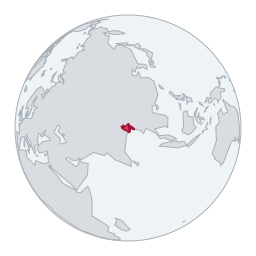 the Earth from above Bangladesh, rotated 315°
{"feature_id": "BGD", "entity_name": "Bangladesh", "entity_type": "country or territory", "adm_level": 0, "iso_a3": "BGD", "parent_name": "Asia", "parent_adm1": "", "projection": "orthographic", "projection_center": [90.497, 23.681], "detail": "fine", "context": "on_globe", "style": "filled", "palette": "rose", "viewbox_px": 256, "rotation_deg": 315, "n_neighbors": 0, "source": "natural_earth", "source_scale": "50m", "svg_char_len": 13246}
<svg xmlns="http://www.w3.org/2000/svg" viewBox="0 0 256 256"><g transform="rotate(315 128 128)"><circle cx="128" cy="128" r="113" fill="#eef3f6" stroke="#a8b0b8"/><path d="M169.9,23.4L174.3,26.1L179.1,28.6L175.4,27.0L186.8,33.4L191.4,37.4L184.1,31.9L181.7,30.7L183.8,32.8L181.9,32.1L181.8,32.8L179.2,31.8L175.2,29.0L173.4,28.5L175.0,30.0L173.5,30.3L171.4,28.1L168.5,28.4L161.2,24.6L157.7,20.7L151.5,19.0L142.4,16.4L141.1,16.3L136.9,15.8L133.8,15.6L133.0,15.5L131.3,15.5L132.7,15.7L132.4,15.9L130.7,15.9L129.3,15.6L130.0,15.6L128.7,15.5L128.8,15.4L127.8,15.5L126.4,15.4L125.3,15.6L122.1,15.6L121.8,15.5L125.1,15.4L125.5,15.4L134.5,15.6L143.6,16.4L152.5,18.1L161.3,20.4L169.9,23.4ZM183.0,30.8L181.6,29.8L183.6,31.1L183.0,30.8ZM182.2,33.0L183.2,33.6L182.7,33.8L182.2,33.0ZM178.4,32.5L177.3,32.8L177.7,32.0L178.4,32.5ZM176.2,32.6L173.6,33.4L175.6,34.7L168.4,31.9L173.0,31.9L173.2,30.7L174.5,31.9L176.2,32.6ZM133.8,15.8L132.3,15.6L135.1,15.8L133.8,15.8ZM135.7,15.9L144.6,16.9L146.0,17.4L142.7,16.8L145.8,17.7L142.0,17.5L139.5,16.9L139.4,16.6L138.0,16.8L135.7,15.9ZM164.9,30.3L163.6,30.2L164.2,29.8L164.9,30.3ZM132.5,16.0L134.1,16.0L135.5,16.4L132.3,16.4L132.9,16.3L132.5,16.0ZM148.4,18.2L148.8,18.6L145.9,18.5L145.7,18.7L142.0,17.5L148.4,18.2ZM131.8,16.2L130.7,16.5L128.6,16.3L130.9,16.0L131.8,16.2ZM137.1,16.6L137.6,16.8L136.3,16.7L137.1,16.6ZM120.4,16.4L122.4,16.3L123.2,16.4L120.4,16.4ZM130.4,16.6L131.2,16.6L131.7,16.7L130.6,16.9L130.4,16.6ZM140.2,17.6L138.9,17.6L141.6,18.1L139.5,18.2L137.5,17.4L137.5,17.8L136.8,17.9L135.9,17.2L140.2,17.6ZM131.2,17.5L127.8,16.8L124.0,17.0L123.1,16.8L129.5,16.6L131.2,17.5ZM134.0,17.4L132.0,17.3L132.0,17.0L133.3,16.8L134.0,17.4ZM138.8,18.6L142.5,18.6L142.9,18.8L138.8,18.6ZM130.0,17.5L130.9,17.7L129.8,17.6L130.0,17.5ZM136.1,18.3L137.4,18.2L137.7,18.4L136.1,18.3ZM131.4,18.2L130.4,17.9L131.2,17.7L131.4,18.2ZM133.6,18.3L133.8,18.6L132.2,17.8L134.1,18.2L133.6,18.3ZM136.3,18.5L136.9,18.6L135.7,18.5L136.3,18.5ZM128.9,19.2L126.7,18.3L128.5,17.8L130.4,18.7L128.9,19.2ZM30.9,70.9L37.2,63.6L36.0,66.9L39.6,71.1L39.5,72.7L35.8,77.1L35.8,88.5L39.7,85.7L43.0,93.6L47.3,96.2L54.6,87.6L47.6,83.0L49.6,77.6L57.8,77.3L64.4,81.8L65.4,79.9L64.0,73.6L68.3,71.4L63.8,71.2L63.6,73.6L60.8,73.7L60.8,71.5L62.3,70.7L61.1,68.7L54.2,73.4L53.2,76.4L48.4,74.3L46.2,79.3L43.9,80.4L46.7,72.5L48.5,70.4L51.3,61.0L48.9,63.0L46.1,72.1L45.8,70.8L42.5,74.1L44.7,70.5L48.3,60.6L45.8,59.1L37.8,64.7L37.3,63.7L39.1,60.2L46.9,51.9L47.0,55.2L49.8,52.9L53.9,47.9L53.6,49.5L55.3,48.0L55.8,49.3L60.5,47.5L61.6,48.6L67.4,44.8L68.8,45.0L65.0,47.1L62.9,49.4L66.1,52.7L67.9,52.5L71.4,49.9L71.8,51.3L74.8,48.4L78.6,49.5L76.5,45.9L80.6,43.3L85.0,42.4L86.0,41.1L78.8,42.5L76.2,43.7L74.7,45.7L67.4,49.1L65.5,48.7L71.6,43.1L69.5,42.1L75.2,38.6L91.2,36.2L95.8,37.1L95.2,44.0L91.8,45.1L90.4,43.0L88.1,47.3L90.0,45.8L90.4,47.2L94.4,45.4L94.8,46.3L97.9,43.2L98.9,44.2L96.9,46.1L103.7,44.9L106.8,46.6L108.1,45.9L108.6,44.7L112.3,47.9L113.1,47.3L112.2,46.0L113.2,43.9L116.5,41.7L117.5,42.9L116.5,43.9L116.0,48.0L113.1,50.7L113.9,51.0L116.6,49.0L117.3,43.9L118.9,42.3L119.1,44.5L119.2,43.6L120.3,43.2L122.5,44.0L122.5,41.6L133.7,36.6L139.0,38.1L137.9,40.4L146.9,39.4L152.2,41.9L151.4,40.5L155.1,39.5L153.5,38.7L153.4,38.0L162.4,36.0L165.3,36.7L168.2,35.0L167.8,34.4L165.8,33.7L168.4,31.9L175.6,34.7L176.2,35.9L180.3,37.1L181.1,39.8L183.6,42.8L182.1,45.4L184.2,47.8L185.6,48.1L189.5,51.9L192.9,59.3L184.1,52.0L177.9,42.2L179.9,45.9L177.7,44.8L177.3,46.1L178.9,49.0L180.2,49.4L173.5,54.0L173.7,62.4L178.0,61.6L181.5,63.9L185.6,74.4L180.2,89.8L184.7,94.4L185.5,97.6L182.6,99.9L181.4,95.2L177.8,93.8L177.6,90.9L172.6,93.5L172.0,89.6L168.4,93.9L170.6,96.9L175.2,95.8L172.3,101.5L178.0,106.7L179.4,113.3L172.5,125.7L164.4,129.9L164.0,132.0L160.4,129.8L156.1,134.2L163.4,145.7L163.4,149.1L156.2,155.9L155.9,153.4L146.3,147.5L144.9,155.6L152.2,162.0L154.7,169.6L149.3,167.4L146.6,160.7L143.2,158.4L143.9,151.4L140.5,141.0L135.0,142.9L135.1,138.6L129.7,129.8L121.6,132.2L108.9,142.6L107.5,153.2L103.0,157.4L96.4,141.2L95.8,130.5L92.0,131.0L86.4,121.0L72.6,117.3L71.9,114.3L69.0,114.9L65.4,110.9L64.9,106.0L62.1,105.3L63.7,118.3L66.9,119.0L71.4,115.7L71.1,120.0L74.8,124.8L66.0,132.7L47.6,135.5L48.0,127.3L45.7,101.9L47.1,99.7L47.2,98.9L44.7,102.2L45.1,97.4L43.9,114.2L42.7,120.9L47.3,135.9L46.3,136.8L48.5,140.3L58.1,140.7L57.7,143.3L51.7,153.5L40.4,164.6L43.2,175.8L44.6,184.3L40.4,186.9L43.7,193.8L42.0,194.4L43.9,198.0L44.1,200.4L43.5,201.6L39.3,197.4L36.7,193.9L31.0,185.2L22.1,166.0L20.7,159.6L19.4,153.2L16.6,136.5L17.0,129.8L16.8,125.7L16.2,124.6L16.3,119.7L16.1,118.5L16.0,116.3L17.1,108.3L18.8,100.5L21.0,92.8L23.8,85.2L27.1,77.9L30.9,70.9ZM30.6,71.9L29.5,73.7L30.6,71.9ZM69.1,92.0L74.5,94.6L76.1,87.6L78.3,88.1L78.0,85.7L76.1,87.1L76.0,80.7L79.8,80.0L81.2,77.3L79.4,76.4L72.5,78.8L72.6,87.7L69.7,89.7L69.1,92.0ZM64.2,39.7L63.1,41.1L60.9,42.4L59.5,41.8L62.6,40.0L64.2,39.7ZM61.9,43.0L68.4,38.1L69.5,38.5L67.8,39.0L67.8,39.8L65.1,40.9L59.8,46.5L57.6,48.0L56.3,45.6L57.9,45.4L59.0,43.9L61.9,43.0ZM83.0,27.6L85.8,26.2L84.5,28.8L82.1,29.8L80.5,29.1L82.6,27.5L83.0,27.6ZM117.3,15.9L118.5,15.8L118.9,15.8L118.2,15.9L117.3,15.9ZM115.5,16.1L115.4,16.1L116.3,16.1L121.0,15.9L127.5,15.6L128.4,16.0L127.4,16.3L126.0,16.3L125.8,16.1L124.1,16.4L122.7,16.1L121.2,16.3L112.7,16.7L113.6,16.5L107.5,17.4L107.4,17.3L111.4,16.6L108.4,17.1L115.5,16.1ZM114.7,23.6L115.1,22.5L111.4,24.5L110.0,23.6L109.7,23.9L107.4,23.8L104.0,24.2L103.9,23.7L102.6,24.1L101.1,24.1L99.3,24.5L98.5,23.9L96.2,24.4L97.1,23.8L93.5,25.0L95.8,23.9L94.0,24.0L92.7,25.0L92.3,22.0L90.4,22.1L87.5,22.9L91.8,21.3L97.3,19.7L102.6,18.6L103.9,19.0L105.6,18.4L106.7,18.4L104.9,18.9L108.3,18.2L108.8,18.5L113.5,18.4L118.3,17.7L120.1,17.8L118.5,18.2L121.5,18.1L119.6,19.0L120.9,19.1L120.4,20.4L116.5,21.3L118.2,21.4L117.9,22.6L114.7,23.6ZM128.6,19.5L124.2,20.5L121.3,20.6L123.4,18.5L122.5,18.2L123.8,17.2L128.0,17.1L127.2,17.4L127.5,17.7L126.1,17.5L127.4,17.8L126.4,18.3L127.1,18.7L125.5,18.8L128.6,19.5ZM41.4,71.8L41.6,72.6L42.5,73.4L40.5,75.6L41.4,71.8ZM43.7,64.9L44.2,65.2L41.8,68.4L41.5,67.7L43.7,64.9ZM46.6,62.7L44.5,65.0L45.5,63.3L46.6,62.7ZM65.7,47.3L66.5,47.6L65.8,48.3L64.4,48.9L65.7,47.3ZM103.4,30.5L104.0,29.6L104.8,29.6L108.1,27.9L109.3,28.6L107.9,29.9L103.4,30.5ZM52.2,88.4L49.8,89.5L49.6,88.2L50.5,88.1L52.2,88.4ZM43.9,82.3L44.8,84.9L43.4,82.9L43.9,82.3ZM105.3,31.0L106.5,30.2L106.4,31.1L105.3,31.0ZM110.4,29.1L110.7,29.9L109.9,28.5L110.4,29.1ZM100.6,233.2L102.8,234.1L101.0,233.9L100.6,233.2ZM58.1,188.5L57.8,201.3L54.0,199.8L51.3,195.2L50.1,187.0L53.9,186.1L55.3,182.8L58.1,188.5ZM181.0,184.3L183.9,184.3L183.8,184.8L181.0,184.3ZM177.9,183.2L181.3,182.9L177.2,184.3L177.9,183.2ZM182.7,182.7L186.2,181.3L187.8,180.3L187.4,181.3L182.7,182.7ZM175.5,183.5L162.1,184.6L156.7,183.7L158.0,181.9L166.8,181.8L175.5,183.5ZM157.6,181.9L149.3,177.4L137.4,163.0L141.6,163.3L154.0,171.8L153.2,173.4L158.3,177.0L157.6,181.9ZM177.5,171.3L176.6,175.9L169.3,176.3L166.0,175.8L163.7,170.2L165.0,167.1L167.7,167.0L178.1,155.7L181.8,157.8L178.7,162.5L181.7,166.1L177.5,171.3ZM108.1,154.3L110.8,160.8L108.3,161.6L108.1,154.3ZM182.0,147.9L178.0,153.0L181.6,146.5L182.0,147.9ZM183.9,141.9L184.3,144.2L182.5,142.1L183.9,141.9ZM164.2,135.3L161.3,136.0L161.1,134.4L164.7,132.4L164.2,135.3ZM180.4,119.0L181.0,123.9L180.6,125.6L179.0,122.8L180.4,119.0ZM117.8,37.8L111.8,39.1L108.4,40.9L107.8,43.2L106.1,40.7L111.4,37.9L117.8,37.8ZM131.7,36.5L132.2,34.8L133.7,35.4L133.7,35.9L131.7,36.5ZM130.8,35.6L128.2,33.9L129.6,32.9L131.4,34.4L130.8,35.6ZM116.6,31.9L114.7,32.2L114.8,31.4L116.6,31.9ZM195.3,217.6L197.3,215.3L200.1,213.7L197.2,216.4L195.3,217.6ZM190.8,211.1L170.6,220.1L166.7,220.0L168.7,217.6L167.3,210.8L168.6,210.8L169.1,205.8L181.6,199.5L190.9,189.2L196.7,188.6L201.8,181.0L207.3,180.0L204.9,185.6L209.9,187.2L215.2,174.5L216.2,185.5L218.4,188.1L216.6,194.7L205.1,208.9L200.4,212.7L200.4,212.1L198.2,213.8L196.1,214.4L196.8,211.4L194.5,213.1L197.5,209.8L193.9,213.0L193.6,211.1L190.8,211.1ZM229.4,175.5L229.7,175.4L229.5,176.6L229.1,177.0L229.4,175.5ZM233.4,166.2L233.4,166.7L233.2,167.2L233.4,166.2ZM233.4,166.2L233.9,164.7L233.5,165.9L233.4,166.2ZM232.7,161.7L233.1,160.8L233.2,161.2L232.7,161.7ZM188.3,183.7L192.6,179.6L194.8,178.9L188.3,183.7ZM232.5,160.7L231.8,161.2L231.9,160.4L232.5,160.7ZM232.8,159.1L232.8,158.2L233.0,160.0L232.8,159.1ZM231.5,158.1L232.3,159.0L231.4,158.3L231.5,158.1ZM230.9,158.7L230.2,158.4L230.3,158.1L230.9,158.7ZM221.3,164.9L224.1,169.1L221.4,170.1L218.6,167.9L215.7,172.1L209.6,173.5L211.2,171.1L210.6,168.2L203.9,168.7L202.5,166.9L205.0,164.9L200.4,164.3L205.5,162.2L207.5,166.0L210.3,161.9L214.8,161.4L219.0,161.4L222.1,163.3L221.3,164.9ZM205.3,171.6L206.1,171.4L205.3,172.8L205.3,171.6ZM228.8,157.0L229.8,158.4L229.7,159.0L229.1,159.0L228.8,157.0ZM222.9,162.3L226.3,157.3L227.0,157.0L224.7,162.0L222.9,162.3ZM225.6,155.4L227.1,155.2L227.7,156.8L227.4,157.5L225.6,155.4ZM194.9,169.9L194.7,171.2L193.3,170.5L194.9,169.9ZM196.7,168.9L200.7,169.3L196.3,170.0L196.7,168.9ZM183.8,166.9L185.0,169.5L189.1,167.1L186.0,170.2L188.6,174.4L187.6,176.3L185.1,171.7L183.9,177.0L182.1,177.1L181.3,172.8L183.2,167.2L185.0,164.7L192.2,162.6L183.8,166.9ZM196.7,165.5L195.6,162.4L196.4,160.0L197.6,161.5L196.7,165.5ZM192.1,154.9L189.0,151.5L186.3,153.4L191.5,147.1L193.8,151.4L192.1,154.9ZM189.1,146.7L186.6,148.5L189.1,144.9L189.1,146.7ZM185.9,147.2L185.4,144.5L187.5,144.6L185.9,147.2ZM190.5,146.6L190.6,141.9L191.9,144.5L190.5,146.6ZM184.0,138.5L188.8,142.4L182.9,141.3L181.8,132.3L184.2,131.8L184.0,138.5ZM192.1,100.3L191.0,97.9L192.9,97.0L193.1,98.9L192.1,100.3ZM198.3,92.5L193.1,96.0L188.7,99.1L190.5,100.0L190.3,104.4L187.1,100.8L189.6,95.5L193.0,94.0L192.7,90.4L194.7,87.5L193.0,83.3L193.6,81.2L196.2,84.7L198.3,92.5ZM192.0,81.6L189.7,74.1L193.8,74.5L195.2,76.2L194.6,79.4L192.5,79.0L192.0,81.6ZM190.3,72.5L188.3,72.1L180.4,62.2L179.8,60.3L187.9,67.6L186.4,67.7L187.6,70.2L190.3,72.5ZM164.5,30.9L163.7,30.3L165.0,30.7L164.5,30.9ZM152.5,37.6L152.5,36.7L154.0,37.1L152.5,37.6ZM153.5,34.6L151.8,34.8L153.2,34.1L153.5,34.6ZM148.0,35.4L150.9,34.6L148.8,36.2L148.0,35.4Z" fill="#d9dde1" stroke="#a8b0b8" stroke-width="1"/><path d="M125.4,131.1L125.4,130.9L125.2,130.3L125.1,130.0L125.1,129.9L125.1,129.6L125.0,129.4L125.0,129.2L125.1,128.9L124.9,128.9L124.8,128.7L124.8,128.3L124.6,128.2L124.6,127.7L124.8,127.3L124.8,127.2L124.8,126.9L124.7,126.7L124.4,126.7L124.2,126.6L124.0,126.4L123.9,126.4L123.7,126.3L123.6,126.1L123.6,125.9L123.8,125.5L124.0,125.6L124.4,125.0L124.6,125.0L124.8,125.0L125.0,125.0L125.3,124.9L125.2,124.8L125.1,124.7L124.9,124.4L124.6,124.4L124.4,124.3L124.2,124.0L124.0,123.8L123.8,123.8L123.8,123.7L123.7,123.6L123.8,123.5L123.8,123.4L123.9,123.2L124.0,123.1L124.2,122.9L124.3,122.8L124.4,122.7L124.2,122.5L124.2,122.4L124.3,122.3L124.5,122.4L124.7,122.6L124.8,122.7L124.8,122.8L125.1,122.9L125.3,122.9L125.2,122.7L125.3,122.6L125.5,122.7L125.5,122.8L125.6,123.0L125.9,123.4L126.0,123.4L126.2,123.5L126.3,123.4L126.4,123.2L126.5,123.0L126.8,123.6L126.8,123.8L126.8,124.3L126.8,124.7L126.8,124.8L127.1,124.9L127.3,125.0L127.6,125.0L127.9,125.1L128.1,125.1L128.4,125.1L129.0,125.1L129.4,125.1L129.6,125.1L130.3,125.1L130.8,125.1L131.0,125.2L131.3,125.4L131.5,125.5L131.4,125.7L131.1,125.6L131.1,125.8L131.0,126.0L130.9,126.4L130.9,126.6L130.7,126.6L130.5,126.8L130.5,127.0L130.4,127.0L130.3,126.9L130.2,127.0L129.9,127.2L129.6,127.2L129.5,127.3L129.3,127.5L129.3,127.8L129.2,128.0L129.4,128.6L129.5,129.1L129.6,128.9L129.8,129.1L129.8,129.3L130.0,129.4L130.3,129.2L130.3,128.9L130.3,128.6L130.6,128.4L130.6,128.1L130.8,128.0L130.9,127.9L131.0,127.9L131.0,128.0L131.2,128.4L131.3,128.7L131.3,128.8L131.3,129.2L131.4,129.5L131.5,129.7L131.6,129.8L131.7,130.2L131.7,130.5L131.8,131.2L131.8,131.3L131.8,132.0L131.8,132.3L131.9,132.6L131.7,132.6L131.4,132.4L131.1,132.5L131.1,132.9L131.1,133.0L131.3,133.2L131.3,133.4L131.3,133.5L131.2,133.5L131.1,133.3L130.9,132.9L130.8,132.2L130.8,131.9L130.6,131.5L130.5,131.0L130.4,130.8L130.5,130.7L130.4,130.7L130.2,130.5L130.2,130.3L129.9,129.9L129.8,129.7L129.7,129.7L129.5,129.9L129.3,130.0L129.2,130.1L128.8,130.1L128.6,129.9L128.3,129.3L128.2,129.2L128.3,128.8L128.2,128.5L128.2,128.3L128.2,128.2L128.1,128.3L128.1,128.5L127.8,128.5L127.6,128.4L127.8,128.6L128.0,128.7L128.2,128.8L128.2,129.1L127.9,129.2L128.0,129.4L128.1,129.5L127.9,129.6L127.9,129.8L128.0,130.0L128.2,130.4L128.2,130.6L128.2,130.8L128.0,131.0L127.7,131.2L127.6,131.5L127.4,131.7L127.2,131.5L127.2,131.4L127.3,131.3L127.5,131.0L127.4,131.0L127.2,131.1L127.0,131.3L126.9,131.1L126.9,130.9L126.9,130.7L127.1,130.4L126.9,130.5L126.9,131.0L126.8,131.3L126.7,131.5L126.4,131.7L126.3,131.8L126.3,131.6L126.3,131.3L126.2,130.8L126.2,131.2L126.2,131.5L125.9,131.8L125.7,131.8L125.6,131.7L125.4,131.5L125.4,131.3L125.4,131.1ZM128.5,131.1L128.2,131.2L128.3,130.7L128.3,130.4L128.3,130.2L128.1,130.1L128.0,129.8L128.0,129.7L128.3,129.7L128.3,129.8L128.4,130.0L128.7,130.4L128.7,130.5L128.6,131.0L128.5,131.1ZM129.2,131.0L129.1,130.3L129.2,130.6L129.2,131.0ZM129.9,130.5L129.7,130.4L129.7,130.1L129.8,130.2L129.9,130.3L129.9,130.5L129.9,130.5ZM130.7,132.3L130.5,132.2L130.5,131.9L130.7,132.1L130.7,132.3ZM130.5,131.6L130.4,131.8L130.4,131.7L130.5,131.4L130.5,131.5L130.5,131.6ZM128.3,129.4L128.3,129.5L128.2,129.4L128.3,129.4Z" fill="#f43f5e" stroke="#9f1239" stroke-width="1.5"/></g></svg>